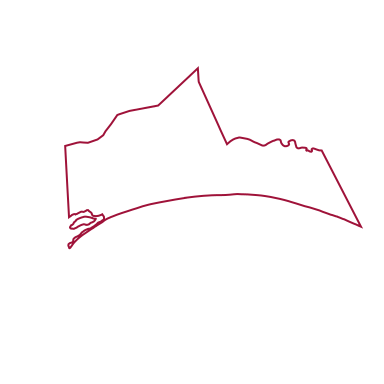 Marracuene, Maputo, Mozambique, rotated 63°
{"feature_id": "85939544B2591372162698", "entity_name": "Marracuene", "entity_type": "district", "adm_level": 2, "iso_a3": "MOZ", "parent_name": "Mozambique", "parent_adm1": "Maputo", "projection": "equal_earth", "projection_center": [32.747, -25.675], "detail": "fine", "context": "isolated", "style": "outline", "palette": "rose", "viewbox_px": 384, "rotation_deg": 63, "n_neighbors": 0, "source": "geoboundaries", "source_scale": "gbopen_adm2", "svg_char_len": 5728}
<svg xmlns="http://www.w3.org/2000/svg" viewBox="0 0 384 384"><g transform="rotate(63 192 192)"><path d="M93.4,284.1L95.4,285.0L131.0,300.8L158.6,313.0L158.5,312.5L158.5,311.8L158.4,311.4L158.3,310.8L158.2,310.2L158.0,309.6L158.0,308.5L158.1,307.7L158.2,307.1L158.4,306.6L158.8,306.1L158.9,305.8L159.1,305.8L159.1,305.4L159.3,304.3L159.2,303.4L159.2,302.5L159.2,301.7L159.2,300.8L159.2,300.0L159.4,299.3L159.6,299.0L159.9,298.4L160.4,297.9L160.6,297.3L160.6,296.7L160.6,296.3L160.6,295.9L160.6,295.3L160.6,294.9L160.5,294.2L160.5,293.7L160.8,293.2L161.0,292.8L161.4,292.7L162.3,292.4L162.8,292.2L163.4,291.8L164.0,291.5L164.5,291.3L165.2,291.1L165.8,291.1L166.3,291.3L166.8,291.3L167.4,291.3L167.8,291.2L168.6,290.6L169.0,289.8L169.5,289.2L170.0,288.4L170.2,287.9L170.2,287.7L170.4,287.1L170.6,286.8L170.7,286.3L170.9,285.3L171.0,284.3L171.2,283.2L171.1,282.1L174.0,281.7L176.2,282.6L176.3,282.7L176.4,283.2L176.6,283.9L176.6,284.6L176.7,285.4L176.8,285.9L177.0,286.5L177.1,287.0L177.0,287.5L176.8,287.9L176.8,288.4L176.7,289.2L176.7,289.6L176.8,290.0L177.0,290.6L177.3,291.3L177.6,292.8L178.0,294.8L178.2,297.6L178.2,297.9L178.4,298.2L178.4,299.0L178.2,299.8L177.9,300.5L177.6,302.0L177.6,302.9L177.5,303.9L177.5,304.7L177.5,305.4L177.7,306.2L177.8,306.7L177.9,307.2L177.9,307.8L178.0,308.3L178.1,308.7L178.4,309.2L178.5,309.6L178.7,310.1L179.0,310.5L179.1,310.9L179.3,311.5L179.4,312.2L179.4,313.0L179.5,313.6L179.5,314.2L179.5,314.6L179.4,315.4L179.4,315.9L179.4,316.4L179.5,317.1L179.7,317.7L179.8,318.3L180.0,318.8L180.5,319.3L180.9,319.6L181.5,320.0L182.0,320.3L182.2,320.6L182.4,320.9L182.4,322.4L182.3,322.9L182.2,323.4L182.1,324.0L182.2,324.6L182.3,325.2L182.4,325.6L182.8,326.0L183.6,326.5L184.2,326.6L184.7,326.6L185.4,326.6L185.5,326.7L185.9,326.8L186.0,326.8L186.3,326.8L186.5,326.6L186.5,326.3L186.4,325.9L186.3,325.5L186.2,325.3L185.7,324.4L185.3,323.5L184.8,322.7L184.5,322.0L184.2,321.6L184.1,321.3L183.8,320.6L183.4,319.8L183.0,318.5L182.2,316.1L181.6,313.9L180.9,310.6L180.6,308.9L180.1,304.8L179.4,299.3L179.3,298.5L179.2,296.4L178.8,294.3L178.8,293.3L178.6,291.8L178.4,289.5L178.2,286.8L178.1,285.6L177.6,283.3L177.4,281.5L177.3,279.2L177.5,276.5L177.5,275.7L177.7,274.1L178.2,268.9L178.9,263.9L179.7,259.0L180.6,253.1L181.4,248.6L182.3,242.5L183.6,236.4L184.2,233.9L186.5,225.7L191.2,210.0L194.3,200.4L194.2,200.4L197.4,191.6L200.6,183.5L202.0,180.3L203.9,175.9L206.3,170.8L207.0,169.4L207.8,167.9L209.8,163.7L211.6,159.5L212.9,156.1L214.4,152.5L216.1,149.6L218.1,145.9L219.6,143.2L221.5,140.1L224.1,135.8L226.5,132.0L228.8,128.7L232.1,124.2L235.0,120.6L237.9,117.0L241.0,113.4L244.1,110.0L245.6,108.5L249.5,104.4L255.8,98.0L259.3,94.0L263.4,89.8L266.3,86.8L269.0,84.5L271.2,82.4L273.0,80.7L275.1,78.8L276.3,77.4L279.0,74.8L279.9,73.7L280.4,73.4L281.9,72.0L284.4,69.9L285.5,68.7L287.6,67.1L290.1,65.1L291.8,63.7L293.6,62.2L295.5,60.5L297.0,59.4L297.1,59.1L298.2,58.5L298.3,58.3L299.6,57.2L213.9,57.6L213.4,58.4L213.0,59.2L212.6,59.8L212.1,60.3L211.7,60.7L211.1,61.3L210.5,61.9L209.7,62.6L209.1,63.2L208.6,63.7L208.2,64.2L208.0,64.7L208.0,65.3L208.2,65.9L208.7,66.2L209.2,66.2L209.6,66.3L210.1,66.7L210.3,67.3L209.9,68.0L209.4,68.6L208.7,69.1L208.1,69.4L207.7,69.7L207.4,70.1L207.3,70.6L207.3,70.9L207.2,71.1L206.8,71.2L206.5,71.2L206.2,70.9L205.8,70.5L205.5,70.2L204.8,70.2L204.3,70.7L203.8,71.3L203.4,72.0L203.0,72.7L202.6,73.3L202.1,74.6L202.0,75.3L201.9,76.0L201.6,76.9L201.2,77.7L200.4,78.3L199.5,78.6L198.4,78.4L196.8,78.1L195.9,77.9L195.1,77.7L194.5,77.5L193.9,77.4L193.3,77.4L192.7,77.5L192.3,77.8L191.9,78.2L191.5,78.6L191.3,79.1L191.1,79.7L190.9,80.4L190.9,81.2L190.9,82.2L191.0,82.7L191.2,83.3L191.7,83.6L192.3,83.6L193.0,83.7L193.5,83.8L193.8,84.2L194.0,84.4L194.2,84.9L194.2,86.0L194.1,86.8L193.8,87.6L193.5,88.2L193.3,88.6L192.5,89.2L191.6,89.7L190.9,89.9L190.1,90.0L189.4,90.2L188.4,90.1L187.7,90.0L187.0,89.8L186.6,89.7L185.9,89.7L185.6,89.9L184.9,90.3L184.5,90.9L184.2,91.6L183.8,92.4L183.7,93.3L183.6,94.4L183.6,95.3L183.3,96.3L183.2,97.8L183.2,102.1L183.3,103.2L183.5,104.3L183.6,105.1L183.5,106.0L183.3,106.9L182.9,107.6L182.5,108.3L182.2,108.5L180.2,110.1L177.9,111.9L176.2,113.5L175.3,114.2L174.2,115.0L172.8,115.9L172.4,116.3L171.7,116.7L171.1,117.3L169.8,118.6L165.4,124.3L164.8,125.3L164.6,126.4L164.3,127.7L164.0,129.1L163.9,131.5L164.2,134.6L165.0,138.0L165.3,139.1L149.9,138.5L144.4,138.2L97.0,136.0L95.9,135.6L84.4,130.6L99.6,182.9L91.4,210.8L91.2,212.0L89.7,221.6L89.5,223.6L94.8,233.4L98.6,241.5L101.1,245.3L102.3,252.3L100.9,262.4L98.5,266.5L96.8,269.2L95.9,272.1L93.4,284.1ZM169.5,316.5L169.8,316.3L169.9,316.0L170.0,315.7L170.2,315.4L170.4,315.1L170.8,314.7L171.0,314.3L171.2,313.7L171.2,313.2L171.2,312.6L171.3,311.9L171.3,311.3L171.3,310.6L171.1,309.6L171.1,308.5L171.1,307.7L171.1,307.1L171.1,306.3L171.2,305.2L171.3,304.4L171.4,304.1L171.5,303.3L171.7,302.9L172.0,302.5L172.3,302.1L172.8,301.7L173.0,301.5L173.3,301.2L173.4,300.6L173.7,300.2L173.8,299.8L173.9,299.2L174.0,298.7L174.0,298.2L173.8,297.9L173.7,297.4L173.7,297.0L173.6,296.8L173.5,296.4L173.5,295.9L173.6,295.5L173.7,294.9L173.7,294.3L173.7,293.8L173.7,293.2L173.6,292.5L173.5,292.1L173.2,291.6L172.8,290.7L172.5,290.2L172.2,290.0L171.9,290.4L171.6,290.8L171.2,291.4L170.7,292.1L169.8,292.7L169.5,293.2L168.6,294.0L167.8,295.0L166.1,297.3L165.8,297.8L165.3,298.7L165.0,299.7L164.8,300.9L164.6,301.8L164.5,302.5L164.4,303.5L164.3,304.1L164.3,304.7L164.2,305.5L164.3,306.4L164.3,307.2L164.3,307.7L164.7,308.2L164.9,308.7L165.2,309.5L165.3,310.1L165.4,310.7L165.7,311.3L166.1,311.6L166.5,312.2L166.7,312.8L166.8,313.3L166.9,313.8L166.8,314.4L166.8,314.9L167.0,315.2L167.3,315.6L167.6,316.1L167.9,316.6L168.2,316.8L168.6,316.8L169.0,316.8L169.5,316.5Z" fill="none" stroke="#9f1239" stroke-width="2"/></g></svg>